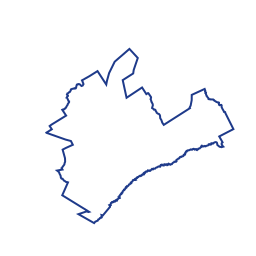 Nuevo Casas Grandes, Chihuahua, Mexico (Albers equal-area conic projection), rotated 238°
{"feature_id": "50627088B65630298438261", "entity_name": "Nuevo Casas Grandes", "entity_type": "district", "adm_level": 2, "iso_a3": "MEX", "parent_name": "Mexico", "parent_adm1": "Chihuahua", "projection": "albers", "projection_center": [-107.777, 30.506], "detail": "fine", "context": "isolated", "style": "outline", "palette": "blue", "viewbox_px": 256, "rotation_deg": 238, "n_neighbors": 0, "source": "geoboundaries", "source_scale": "gbopen_adm2", "svg_char_len": 5609}
<svg xmlns="http://www.w3.org/2000/svg" viewBox="0 0 256 256"><g transform="rotate(238 128 128)"><path d="M71.2,216.8L89.2,218.5L90.0,218.8L90.9,217.9L91.8,218.2L93.9,218.2L96.3,218.5L97.3,219.3L98.1,219.4L98.5,218.7L98.8,218.2L98.8,217.8L99.5,217.5L99.8,217.8L100.5,217.9L101.3,218.6L101.7,218.4L101.9,217.8L102.3,217.6L103.3,216.7L104.1,216.5L105.4,215.7L105.7,215.8L106.1,215.6L106.3,215.7L107.0,215.4L107.3,214.8L107.7,214.5L108.3,213.3L108.8,213.0L108.9,212.8L109.2,212.5L109.3,212.1L109.9,211.6L110.8,212.0L112.1,211.7L113.0,211.9L113.7,211.6L114.4,211.9L115.2,212.0L116.2,212.5L116.5,212.3L116.6,212.5L116.8,212.4L116.9,212.6L117.0,212.5L117.3,212.6L117.3,212.8L118.2,212.7L118.5,212.9L118.7,213.3L120.5,213.7L122.3,199.6L117.9,196.8L113.8,193.0L112.6,191.0L112.0,191.0L111.7,160.0L114.5,159.9L116.9,160.5L119.2,160.5L121.3,161.6L122.0,161.8L122.7,161.8L123.4,161.7L124.6,160.8L125.8,160.4L126.3,160.6L127.7,160.5L128.4,160.8L129.1,160.7L129.5,160.4L129.7,159.8L130.3,159.8L132.2,159.0L134.2,161.2L135.6,161.7L136.7,161.7L137.2,161.9L137.8,161.7L139.3,162.3L140.5,162.4L141.3,163.5L141.6,163.7L142.0,163.7L142.2,163.9L146.7,163.7L147.0,163.5L147.0,161.5L154.9,161.4L154.4,142.8L171.4,148.9L171.5,161.3L174.2,163.6L182.2,173.4L194.3,171.1L191.3,151.9L184.6,141.1L179.1,135.1L176.4,132.6L192.4,132.3L192.4,122.7L192.8,114.2L190.9,114.0L190.4,113.7L189.9,113.8L188.8,113.5L188.0,112.0L188.3,110.8L190.4,110.3L190.8,110.1L191.3,109.6L191.7,108.9L191.5,108.4L191.9,107.9L191.9,107.6L190.5,106.0L190.1,105.8L189.9,105.4L189.3,104.8L189.5,103.9L189.7,103.6L190.1,103.7L190.2,103.4L190.3,102.5L190.8,101.4L190.8,100.9L191.0,100.2L190.7,99.7L190.4,99.6L190.2,99.3L189.8,98.5L189.6,98.3L189.4,97.8L189.6,97.2L189.3,96.2L189.3,95.4L189.3,95.1L189.4,94.9L189.1,94.5L188.7,93.9L188.0,94.0L187.4,94.3L187.0,94.1L186.8,93.0L186.3,92.1L186.1,92.3L185.4,92.3L182.0,91.8L181.7,92.1L181.1,91.7L180.4,90.0L180.1,89.4L179.7,89.2L178.7,86.9L178.3,86.6L177.9,85.4L178.0,85.2L177.8,85.0L177.9,84.4L177.7,83.8L177.9,83.6L178.2,82.6L178.3,81.9L171.3,82.1L171.4,64.8L171.2,62.6L167.3,62.7L167.3,56.3L167.1,56.3L151.3,68.9L147.2,72.7L143.0,72.3L144.0,64.8L144.3,61.1L135.9,58.6L135.1,58.2L133.2,57.1L132.6,56.7L132.0,55.8L130.7,54.6L130.4,53.7L130.1,53.0L129.8,52.0L129.1,51.0L129.1,50.4L127.5,50.4L129.5,45.3L127.1,46.1L126.4,46.0L125.7,45.7L124.3,45.7L123.5,45.5L123.0,45.5L121.9,44.9L120.7,44.7L120.0,45.0L119.7,45.6L117.3,45.8L116.8,46.2L115.0,46.9L114.7,47.3L114.4,47.7L113.7,48.3L105.8,36.6L77.5,50.6L77.7,49.9L78.9,49.0L79.3,48.3L81.2,40.3L65.3,48.9L65.9,50.6L65.5,53.3L65.8,53.6L66.2,54.4L66.0,54.9L66.0,55.4L66.5,56.4L66.1,57.6L66.1,58.4L66.5,58.7L67.2,58.6L67.6,59.1L67.4,59.7L67.9,59.7L67.2,60.4L70.6,70.7L70.6,70.9L71.4,71.4L72.5,71.3L72.4,71.7L71.8,72.2L71.7,72.5L72.1,72.7L72.6,72.8L73.1,73.5L73.4,73.7L73.3,74.4L73.7,75.0L73.7,75.3L73.5,75.6L73.0,75.7L72.9,76.6L73.4,76.9L73.4,77.2L72.8,77.4L72.6,77.7L72.7,77.8L72.6,78.3L73.2,78.8L73.3,79.3L73.0,79.7L72.4,79.7L72.2,80.0L72.7,80.8L73.2,80.9L73.2,81.0L73.1,81.9L73.4,82.6L73.1,83.6L74.3,83.5L74.1,84.5L74.9,84.6L76.1,87.6L75.6,87.7L75.8,88.1L76.1,88.3L76.2,88.5L76.1,89.0L76.4,89.4L77.0,89.7L77.2,90.1L77.3,91.9L77.9,92.0L77.8,93.3L78.1,93.7L78.2,94.6L78.7,94.5L79.0,95.0L78.9,95.2L79.0,95.8L79.1,95.7L79.2,96.1L78.7,96.2L78.9,97.7L79.6,98.9L79.5,99.2L79.3,99.5L79.4,100.1L79.6,100.4L79.4,101.2L79.5,101.6L80.3,101.6L80.3,103.3L80.4,103.6L81.1,104.3L81.2,104.9L80.8,105.2L80.6,105.8L80.0,106.6L79.9,107.0L80.6,106.9L81.1,107.0L81.1,107.5L80.9,108.1L81.1,108.7L80.8,108.7L80.7,109.1L80.9,109.6L81.2,109.6L81.3,110.2L81.2,110.4L80.9,110.8L81.2,111.7L81.2,112.1L81.2,112.9L81.0,113.4L80.5,113.4L80.4,114.2L80.5,114.5L80.8,114.5L81.0,115.5L80.8,115.6L80.4,116.3L80.2,116.9L80.5,117.1L81.4,117.3L81.5,117.5L81.5,118.0L80.7,118.1L80.9,118.8L81.1,118.8L81.1,119.4L81.4,119.6L81.3,119.8L81.6,120.5L80.9,121.2L81.5,122.5L80.4,123.1L80.3,123.4L80.5,123.8L79.9,124.3L80.2,125.2L80.6,126.7L80.4,126.9L79.8,127.0L79.6,127.3L79.7,127.7L80.0,127.9L80.1,128.1L79.6,128.6L79.5,129.0L79.2,129.4L79.5,130.6L79.4,131.5L79.1,132.1L79.3,133.1L78.9,134.4L78.7,134.6L78.2,134.6L78.1,134.8L78.5,135.5L79.2,136.0L79.3,136.2L79.0,137.4L78.6,137.5L78.3,137.3L77.7,137.8L77.2,138.5L78.0,139.6L77.6,140.0L77.3,140.0L76.8,140.3L76.8,140.5L77.1,140.9L77.0,141.2L76.8,141.5L75.7,141.5L75.5,142.1L76.3,143.2L76.3,143.5L75.8,143.8L74.5,144.3L74.6,145.2L74.1,145.8L74.1,146.1L74.5,146.8L74.7,147.8L74.6,148.9L74.9,149.5L74.3,150.1L73.9,150.9L74.1,151.5L74.7,151.5L75.2,152.0L75.3,153.0L75.1,153.5L75.4,154.3L75.4,154.8L75.2,155.1L75.1,155.5L75.8,156.5L75.7,157.4L75.2,157.9L75.4,158.8L75.2,159.2L75.0,159.3L74.9,159.7L75.1,160.6L75.8,161.1L75.7,161.4L75.4,161.6L75.2,162.2L75.6,162.7L76.4,163.0L76.6,163.5L76.5,163.9L77.1,164.3L77.3,164.8L77.0,165.5L77.5,165.8L77.3,167.1L76.8,167.6L76.8,168.3L76.6,168.8L76.7,169.5L76.5,170.1L76.0,170.3L75.6,171.0L75.8,171.8L75.6,172.2L75.6,172.6L75.4,172.8L74.5,173.0L74.5,173.7L73.9,174.7L73.3,174.4L72.7,174.8L72.8,175.3L72.9,175.8L72.8,176.2L73.2,176.8L72.7,178.0L73.0,178.9L73.0,179.9L73.4,180.0L74.0,181.1L73.9,181.3L73.3,181.4L72.5,181.8L72.4,182.9L71.7,183.5L71.9,183.8L71.3,184.4L71.4,184.9L70.9,186.4L70.8,187.0L70.8,187.3L71.4,187.7L71.4,188.1L71.2,188.5L70.6,188.8L70.5,189.1L70.0,189.4L70.0,189.6L70.1,190.0L70.5,190.1L70.9,190.5L70.7,191.0L70.4,190.9L70.2,191.0L69.7,191.9L69.7,192.2L70.0,193.0L69.8,194.4L69.4,195.1L69.0,195.4L68.6,195.6L67.9,195.5L66.3,194.8L63.6,195.7L62.8,196.6L62.2,197.1L61.7,198.9L63.3,198.6L63.6,198.8L64.2,198.7L64.9,198.9L65.5,199.5L65.7,200.6L72.5,200.9L71.2,216.8Z" fill="none" stroke="#1e3a8a" stroke-width="2"/></g></svg>